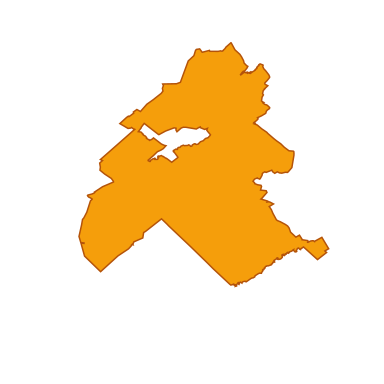 Grobiņas pag., Grobinas, Latvia, rotated 330°
{"feature_id": "27541924B17977825120630", "entity_name": "Grobiņas pag.", "entity_type": "district", "adm_level": 2, "iso_a3": "LVA", "parent_name": "Latvia", "parent_adm1": "Grobinas", "projection": "equal_earth", "projection_center": [21.191, 56.5], "detail": "fine", "context": "isolated", "style": "filled", "palette": "amber", "viewbox_px": 384, "rotation_deg": 330, "n_neighbors": 0, "source": "geoboundaries", "source_scale": "gbopen_adm2", "svg_char_len": 6046}
<svg xmlns="http://www.w3.org/2000/svg" viewBox="0 0 384 384"><g transform="rotate(330 192 192)"><path d="M73.0,215.3L96.0,210.3L108.6,209.5L112.1,208.4L113.5,207.9L113.3,207.6L114.3,207.3L114.7,208.0L114.8,207.6L116.7,206.1L126.4,207.2L129.9,202.9L132.0,202.9L152.2,200.0L154.4,207.7L154.8,209.5L162.4,235.0L163.7,239.4L169.9,261.3L172.0,269.2L178.6,290.8L179.1,292.0L181.1,292.6L181.6,292.4L181.7,292.7L182.2,292.9L182.5,293.3L182.0,293.9L182.6,294.5L182.4,294.7L182.4,295.0L182.8,295.2L182.5,295.4L183.6,295.7L183.9,295.0L183.9,294.8L183.5,294.6L183.7,294.3L184.4,294.7L184.7,294.4L186.7,293.5L187.1,293.7L186.2,294.0L186.2,294.9L186.4,295.1L186.5,295.5L187.0,295.2L186.8,294.6L188.9,294.3L189.7,295.9L190.3,295.3L191.3,295.2L192.8,295.6L193.7,296.2L193.7,296.6L194.1,296.9L199.7,296.4L201.0,296.5L201.9,296.9L203.9,296.9L204.7,296.1L208.1,295.9L209.8,296.0L211.5,297.1L212.3,296.4L213.6,295.9L214.2,294.8L214.4,294.7L214.6,295.2L215.3,295.1L216.0,294.7L216.2,294.2L217.1,294.4L217.4,294.1L217.3,293.8L218.7,293.3L219.5,293.6L220.0,293.4L221.1,294.1L224.3,294.7L224.5,294.3L225.2,294.4L225.6,294.0L226.1,294.1L226.8,293.3L228.5,294.0L228.8,293.1L228.3,292.8L228.7,292.3L229.2,292.6L229.9,292.1L231.6,292.2L232.1,291.7L232.9,291.6L233.2,292.0L232.8,292.2L232.4,292.9L232.5,293.1L233.3,293.0L233.4,293.8L235.3,294.3L237.4,293.8L237.9,293.2L238.1,292.1L238.6,291.4L239.0,291.4L239.7,291.6L239.1,292.1L239.1,292.3L240.3,293.3L240.6,293.2L240.5,292.8L241.5,292.4L241.8,292.3L242.0,292.8L242.5,292.9L242.7,292.5L244.4,292.0L244.8,292.3L244.4,292.9L244.6,293.2L245.3,293.2L245.9,292.8L246.2,293.0L246.6,292.6L248.9,293.1L250.5,292.7L251.2,292.7L250.8,293.1L251.0,294.6L251.3,295.4L252.2,295.9L253.0,295.8L253.0,294.7L253.9,294.5L254.9,293.7L256.0,293.6L256.4,293.9L256.5,295.2L256.7,295.5L256.8,295.2L257.1,295.4L257.1,295.7L257.3,295.9L257.5,295.5L258.9,295.7L259.8,295.3L260.2,295.5L261.1,295.4L266.9,313.3L278.3,311.7L277.6,309.5L282.0,309.5L281.8,296.2L273.6,296.0L273.4,296.2L272.9,295.1L271.9,294.4L270.0,293.7L267.2,293.6L267.0,293.4L267.8,292.8L268.0,292.0L263.5,288.4L263.7,288.2L263.5,283.1L259.4,283.0L257.3,276.1L258.1,271.6L257.8,269.2L256.7,266.9L253.6,261.9L251.8,259.6L251.2,258.3L251.4,250.8L251.9,247.0L251.6,243.2L256.6,243.1L254.4,239.6L253.5,238.8L252.0,238.2L252.9,237.6L248.2,232.6L249.7,232.3L256.7,229.9L256.9,228.0L252.3,224.6L255.0,222.0L255.1,220.7L252.5,218.6L250.5,216.1L250.8,215.4L250.2,213.2L252.6,212.1L255.6,212.5L255.9,213.4L257.0,214.3L257.1,214.7L257.7,214.6L260.8,212.7L261.6,212.0L261.8,211.4L262.6,211.0L265.1,210.9L266.0,212.1L272.0,213.0L272.0,214.9L273.0,217.2L276.0,217.2L277.3,219.2L279.2,220.6L282.7,221.6L284.5,222.8L285.6,222.6L290.7,220.8L298.6,211.2L299.7,209.4L300.4,207.8L300.2,207.3L296.6,204.8L294.3,199.4L293.0,194.7L290.8,189.9L289.7,187.1L287.0,179.4L286.6,177.6L284.0,172.2L282.0,166.6L279.8,163.9L281.0,163.9L280.4,162.8L283.7,162.4L285.8,161.7L285.8,160.4L290.3,160.8L295.2,160.7L296.8,159.2L298.2,158.7L300.8,158.5L301.5,157.7L300.9,155.5L300.3,154.0L298.8,152.5L298.0,150.3L298.9,150.3L298.6,149.9L297.7,147.9L300.1,144.9L302.4,143.6L302.3,142.1L304.4,139.8L306.6,139.1L306.5,138.9L310.8,137.9L309.2,135.3L309.2,134.6L309.7,133.9L312.7,133.1L316.5,131.6L316.9,130.8L317.1,128.9L316.4,123.7L315.8,121.2L316.0,118.8L317.0,117.7L316.6,117.0L315.0,115.1L313.5,115.2L313.4,115.7L312.9,116.0L312.0,115.9L310.6,116.4L310.0,116.9L310.3,117.0L309.9,117.4L309.5,117.2L308.1,117.8L308.1,117.5L307.9,117.5L307.6,118.1L304.3,118.2L303.5,117.7L303.1,117.8L303.4,118.3L301.8,118.5L301.7,118.4L301.8,118.2L301.6,118.1L301.8,117.9L301.6,117.7L302.0,117.3L300.9,117.3L300.6,117.0L299.5,117.1L299.3,116.7L299.9,115.9L299.2,115.6L298.3,115.7L297.7,114.6L295.7,114.6L292.8,115.0L292.7,114.6L295.2,113.5L296.7,113.1L298.1,113.4L298.7,113.3L301.5,112.2L303.2,111.1L302.5,109.9L301.6,106.3L302.3,104.1L302.5,99.8L302.3,96.7L300.3,90.4L300.5,82.4L300.3,82.2L293.8,83.5L292.3,84.3L289.9,84.9L289.8,85.1L288.4,85.1L287.4,84.1L285.0,83.3L277.8,79.1L277.7,78.9L277.9,78.1L270.7,76.1L270.2,71.9L267.1,70.7L265.9,71.1L261.8,74.9L254.3,76.6L236.8,91.2L232.7,90.5L220.6,83.8L220.4,85.6L218.2,87.4L217.3,90.1L214.6,91.2L204.3,92.7L196.8,93.4L187.6,96.5L185.5,93.0L181.2,93.4L180.9,94.6L175.1,95.2L174.8,94.5L172.7,94.7L163.7,96.7L168.4,105.0L171.0,106.0L171.9,105.9L172.7,107.8L173.7,109.1L128.9,118.1L130.2,120.0L126.5,120.8L125.1,124.6L123.2,127.1L125.3,132.7L128.9,139.9L129.3,143.4L129.0,144.1L117.2,142.7L107.6,143.3L107.7,143.7L106.5,144.0L104.3,143.7L100.3,142.6L99.8,142.7L99.7,143.8L100.2,145.2L101.0,146.1L101.8,147.8L101.6,147.8L101.7,148.4L99.6,148.9L90.8,156.9L85.3,160.4L83.5,161.0L79.9,165.3L71.9,174.0L70.4,180.2L73.0,182.1L72.7,182.5L70.3,180.7L66.9,193.8L73.0,215.3ZM209.1,132.3L214.8,131.2L216.9,131.6L219.1,132.9L227.2,139.6L230.3,139.6L231.7,139.8L231.4,140.5L234.3,144.2L237.2,144.6L235.7,145.9L235.9,147.7L236.6,151.7L235.9,152.1L233.0,153.0L230.4,152.4L227.3,153.2L224.5,152.7L221.1,153.6L219.6,153.0L219.0,152.4L218.9,151.9L218.0,151.4L215.8,151.4L215.1,152.0L214.3,152.3L214.5,152.1L213.6,151.7L213.4,150.4L212.7,149.5L211.5,149.5L208.5,148.0L207.9,147.1L205.2,146.8L204.0,147.3L202.4,146.6L201.5,146.9L201.0,147.6L200.6,147.8L200.2,147.6L199.7,146.8L196.7,146.8L196.8,147.5L196.1,147.7L196.6,149.4L197.2,154.9L196.8,155.1L189.3,156.1L186.7,150.0L186.3,149.9L184.9,146.9L184.6,146.9L183.7,145.1L181.2,144.6L181.2,144.2L180.5,144.0L180.0,144.4L180.4,144.7L180.6,145.1L179.5,145.5L179.4,146.0L179.1,146.3L178.2,146.4L176.0,145.1L175.9,144.7L176.8,144.3L176.7,144.1L175.8,144.1L174.7,143.7L173.7,143.9L172.0,143.8L171.3,144.0L171.2,144.6L170.8,144.6L169.7,143.0L169.9,142.5L176.7,141.2L182.2,139.8L186.0,140.2L188.8,140.1L192.6,138.9L191.4,137.8L189.5,135.2L185.7,125.9L183.6,126.3L181.1,126.1L181.0,125.2L180.7,125.1L179.4,122.8L179.9,122.3L179.6,120.4L178.4,118.4L178.2,117.2L178.5,117.2L177.8,114.6L175.7,112.9L180.1,111.0L180.5,110.5L184.9,108.7L191.5,124.9L192.0,125.8L199.6,126.0L208.6,127.5L210.1,128.8L209.1,130.3L209.1,132.3Z" fill="#f59e0b" stroke="#b45309" stroke-width="1.5"/></g></svg>